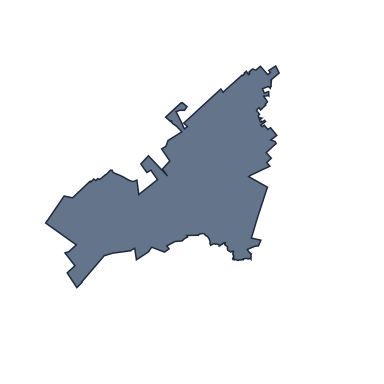 Moctezuma, San Luis Potosí, Mexico (Albers equal-area conic projection), rotated 314°
{"feature_id": "50627088B80113509958046", "entity_name": "Moctezuma", "entity_type": "district", "adm_level": 2, "iso_a3": "MEX", "parent_name": "Mexico", "parent_adm1": "San Luis Potosí", "projection": "albers", "projection_center": [-101.102, 22.707], "detail": "fine", "context": "isolated", "style": "filled", "palette": "slate", "viewbox_px": 384, "rotation_deg": 314, "n_neighbors": 0, "source": "geoboundaries", "source_scale": "gbopen_adm2", "svg_char_len": 5389}
<svg xmlns="http://www.w3.org/2000/svg" viewBox="0 0 384 384"><g transform="rotate(314 192 192)"><path d="M329.9,153.8L324.0,153.3L322.7,150.2L319.7,149.7L319.6,150.0L317.8,149.7L317.2,151.4L315.6,151.1L316.7,147.2L315.2,147.1L314.7,147.0L313.8,147.0L313.7,147.9L310.8,147.6L310.8,146.8L310.3,146.8L297.2,145.9L295.3,145.7L293.5,145.6L289.8,145.3L287.6,145.2L287.1,145.2L286.1,145.1L285.4,145.1L286.1,141.2L284.5,141.1L281.7,141.0L278.7,140.8L276.2,140.6L252.6,139.2L250.1,139.1L235.8,138.2L235.8,143.3L232.0,142.7L234.5,136.8L238.7,124.7L242.4,126.6L245.6,129.9L250.0,129.1L249.5,123.0L248.5,122.8L248.6,122.2L243.5,121.9L227.5,121.0L227.8,127.3L228.0,127.4L228.2,127.5L228.4,127.6L228.6,127.6L228.9,127.7L229.0,127.8L229.0,128.1L228.8,128.2L228.6,128.3L228.3,128.4L228.0,128.6L227.9,128.6L227.9,131.3L228.6,135.2L228.3,142.9L212.4,139.0L206.7,141.5L201.9,140.2L198.9,154.5L188.0,154.8L186.5,163.3L186.7,158.6L186.8,158.1L186.8,157.3L186.8,156.9L187.6,139.8L187.6,139.6L187.8,135.5L176.6,135.7L174.6,146.0L179.1,147.2L176.9,158.6L153.2,155.5L162.3,144.1L161.6,143.8L159.7,143.0L159.1,142.6L158.5,142.1L157.9,141.2L157.3,140.1L156.8,138.6L156.3,136.9L155.1,132.1L153.3,127.0L152.8,125.8L151.9,123.9L151.4,121.9L151.4,121.0L151.5,120.8L151.8,120.1L152.1,119.2L151.8,119.0L151.4,118.7L151.2,118.2L150.7,118.1L149.1,118.1L146.2,118.2L143.5,117.6L139.0,117.3L136.8,116.8L136.6,115.8L136.4,115.0L133.4,114.8L133.1,112.3L128.9,112.3L129.0,111.2L104.8,110.1L100.3,102.8L74.8,107.2L68.0,108.3L73.6,145.5L63.7,144.9L60.0,142.9L57.6,159.0L47.1,158.4L43.2,175.6L50.5,175.7L50.6,175.2L71.8,173.9L72.3,173.9L85.1,173.1L93.0,177.5L107.1,188.7L107.3,188.5L111.7,189.9L106.4,196.8L106.2,197.1L104.6,199.1L118.6,202.3L119.0,202.3L121.6,201.7L124.3,201.4L129.7,214.0L132.8,214.6L135.2,215.0L135.7,211.3L140.6,212.9L144.8,214.3L149.4,218.4L149.9,218.9L150.7,218.8L151.4,219.0L152.7,218.9L156.6,220.1L157.0,218.4L165.5,226.7L166.5,226.5L169.4,228.3L170.2,229.6L170.4,230.0L170.1,231.8L170.8,233.9L170.3,236.5L169.8,237.6L169.3,238.8L168.7,239.8L167.6,240.4L166.6,242.4L170.0,243.6L170.8,245.2L171.0,245.3L171.4,245.4L171.7,245.8L171.9,246.2L171.9,246.4L171.9,246.5L172.0,246.7L172.2,246.9L172.3,247.1L172.5,247.7L172.6,248.2L172.6,248.3L172.7,248.6L172.7,248.8L172.4,248.9L172.4,249.0L172.5,249.4L172.4,249.4L172.5,249.5L172.8,249.5L173.1,249.5L173.4,249.5L173.6,249.5L174.0,249.6L174.3,249.6L175.0,249.9L175.3,250.1L175.4,249.8L175.6,249.9L175.8,249.9L175.8,250.0L176.0,250.0L176.3,250.0L176.9,250.1L177.0,250.1L177.3,250.2L177.4,250.3L177.5,250.3L177.5,250.5L178.3,250.9L178.7,250.9L178.7,251.2L178.0,251.5L177.8,251.7L177.6,251.7L177.4,251.7L177.3,251.8L177.2,251.8L177.0,252.1L176.9,252.3L176.9,252.6L177.0,253.1L177.0,253.3L177.1,253.5L177.1,253.8L177.1,254.1L177.2,254.4L177.2,254.5L177.2,254.8L177.2,255.1L177.1,255.3L177.0,255.8L176.9,256.2L176.7,256.3L176.4,256.3L176.1,256.5L175.9,256.8L175.7,256.9L175.6,257.0L175.3,257.7L175.2,257.8L174.9,258.1L174.9,258.3L175.2,259.5L175.4,260.2L175.5,260.4L175.5,260.6L175.6,260.8L175.7,261.6L176.2,261.8L176.9,262.0L177.4,262.4L177.6,262.5L177.8,262.8L178.2,262.9L178.2,263.0L177.6,263.4L177.5,263.5L177.1,263.8L176.8,263.7L176.6,263.8L176.4,263.9L176.3,264.1L175.8,264.6L175.9,264.8L175.5,264.9L175.3,265.0L175.1,266.4L174.9,266.6L174.6,266.7L174.7,266.8L173.8,267.5L173.7,267.3L172.9,267.2L172.2,267.6L172.2,268.0L172.3,268.1L172.1,268.2L171.9,268.4L172.4,268.9L172.5,269.5L173.1,269.5L173.6,270.2L173.7,270.4L174.1,271.4L174.7,272.6L175.0,272.9L176.0,273.2L176.3,273.5L176.7,274.0L177.0,274.2L177.1,274.4L177.3,274.4L178.6,275.1L179.0,275.5L178.8,275.7L178.7,275.9L178.8,275.9L179.5,275.8L179.8,275.6L181.9,277.2L182.1,277.4L182.4,278.0L182.5,278.3L182.8,278.9L183.2,279.3L183.9,279.4L184.0,279.4L184.1,279.6L184.5,280.1L184.6,280.7L184.7,280.8L184.6,281.2L184.9,281.0L185.5,279.9L186.4,279.6L187.2,278.6L187.5,278.2L188.7,277.6L188.5,277.2L188.5,274.9L188.3,274.6L189.1,271.7L196.8,275.0L199.3,277.2L205.2,275.0L200.1,266.7L203.5,265.0L217.3,257.8L222.6,255.2L226.6,253.3L228.3,252.4L229.8,251.7L232.0,250.6L234.4,249.5L236.9,248.2L238.6,247.4L242.1,245.7L244.4,244.6L247.9,242.9L247.1,239.8L246.3,237.0L245.8,235.0L245.1,232.2L244.5,229.9L242.4,222.1L244.1,222.3L254.2,226.1L255.1,226.4L255.4,226.6L256.4,226.9L264.6,230.1L265.1,225.3L269.3,225.5L271.4,225.6L271.5,223.9L271.6,222.2L271.9,218.0L275.2,218.2L278.0,218.4L280.4,218.5L283.5,218.7L285.3,218.9L286.0,216.7L284.1,212.5L287.6,213.1L289.7,213.4L291.6,213.7L292.3,207.8L292.8,203.8L289.7,203.2L290.3,197.5L287.7,197.2L287.8,194.9L290.8,195.5L293.8,196.0L294.0,194.4L293.0,194.2L291.0,193.8L291.3,192.9L289.9,192.6L290.3,191.7L290.9,190.6L293.7,191.0L293.4,190.6L293.2,190.1L292.8,189.6L292.7,189.3L291.5,189.2L292.0,188.2L292.2,187.9L292.8,186.6L294.8,186.7L295.6,181.6L296.6,181.6L298.7,181.6L299.3,181.7L298.6,184.4L298.9,184.4L302.3,184.5L305.6,184.7L305.9,184.7L306.2,183.7L309.3,183.7L309.6,182.4L310.2,179.5L310.4,178.2L310.7,177.1L314.3,179.9L314.4,180.6L317.5,177.4L313.4,175.3L313.9,174.0L314.5,172.7L314.8,171.8L315.2,171.0L316.8,171.7L318.8,172.6L319.5,173.0L321.0,173.7L321.0,174.9L321.1,175.9L321.0,176.0L321.0,176.3L322.7,175.2L323.0,175.5L325.3,173.0L325.6,173.2L326.2,172.6L327.4,171.7L327.2,170.9L328.7,171.1L331.5,171.4L338.1,172.1L340.8,164.7L338.4,164.1L334.5,163.2L332.8,162.8L332.5,165.3L329.1,165.2L329.9,153.8Z" fill="#64748b" stroke="#1e293b" stroke-width="1.5"/></g></svg>